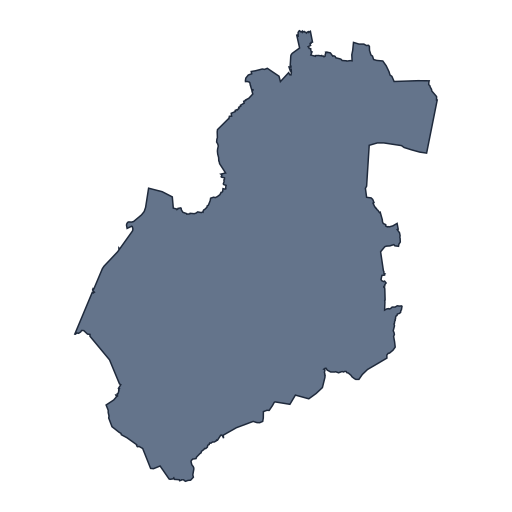 outline of Puruándiro, Michoacán, Mexico
{"feature_id": "50627088B60920065239944", "entity_name": "Puruándiro", "entity_type": "district", "adm_level": 2, "iso_a3": "MEX", "parent_name": "Mexico", "parent_adm1": "Michoacán", "projection": "equal_earth", "projection_center": [-101.522, 20.12], "detail": "fine", "context": "isolated", "style": "filled", "palette": "slate", "viewbox_px": 512, "rotation_deg": 0, "n_neighbors": 0, "source": "geoboundaries", "source_scale": "gbopen_adm2", "svg_char_len": 5977}
<svg xmlns="http://www.w3.org/2000/svg" viewBox="0 0 512 512"><path d="M429.2,80.8L417.8,80.7L394.1,81.5L391.9,76.4L390.0,75.0L389.0,71.7L386.2,65.8L382.8,61.0L376.6,60.4L373.6,59.5L372.5,56.1L370.9,54.9L369.5,50.3L369.4,46.4L368.5,45.3L366.3,45.5L363.9,44.1L359.0,44.1L353.5,42.4L352.7,50.4L351.8,54.8L352.1,60.8L350.3,60.6L346.8,61.1L346.4,60.8L342.1,60.5L341.2,59.4L339.9,58.8L335.8,57.8L335.2,56.5L333.8,55.8L332.8,56.2L330.4,52.9L328.2,52.4L327.5,52.5L326.8,51.7L327.0,52.0L325.6,52.2L325.9,53.1L325.3,54.1L325.1,56.1L324.2,56.7L323.8,56.7L323.5,56.1L322.0,56.1L321.7,55.5L320.5,55.8L318.5,55.5L315.4,55.6L315.3,56.3L310.8,55.0L312.0,52.0L311.3,52.0L311.4,51.5L310.8,50.6L310.7,48.7L309.2,48.5L309.1,47.9L308.1,46.7L310.6,45.4L310.0,43.9L310.2,43.4L311.2,43.1L311.1,42.4L312.5,42.1L310.4,31.3L308.8,32.4L308.6,31.6L307.5,32.0L306.4,33.1L305.6,32.2L304.7,32.1L304.3,31.5L303.3,31.9L302.6,31.2L302.2,32.4L301.2,31.5L300.7,31.8L299.5,30.7L298.9,31.1L298.1,32.5L298.2,36.3L297.8,36.5L296.6,34.5L299.6,48.0L292.3,53.3L291.3,54.5L290.8,55.8L290.2,65.8L291.0,66.1L290.9,67.2L289.0,67.0L290.2,70.6L290.8,69.2L291.2,69.2L291.4,72.4L291.0,74.9L289.8,74.8L288.6,72.7L280.4,81.6L279.0,76.2L267.3,68.3L264.6,69.4L262.3,69.0L255.3,70.8L251.2,71.5L251.7,73.8L248.3,75.0L245.8,78.1L245.4,80.7L245.5,81.6L247.3,81.5L249.3,82.1L249.9,82.9L250.4,85.6L250.7,85.9L250.7,86.5L251.8,90.1L252.0,89.6L252.0,89.9L252.3,89.7L253.7,89.7L252.8,89.7L252.8,90.5L252.0,91.2L252.8,94.0L248.8,98.3L245.5,100.0L245.6,100.5L243.7,101.3L244.2,103.1L240.4,105.3L240.7,106.3L238.7,107.3L239.0,108.3L237.3,109.9L237.1,109.6L235.2,110.4L235.4,111.5L231.2,113.3L231.6,116.2L229.4,116.3L228.8,118.8L228.4,118.8L217.5,129.6L217.2,131.8L217.4,137.7L216.9,139.2L216.6,142.0L217.7,143.9L218.3,146.0L217.6,149.1L217.4,151.1L217.7,154.1L218.6,157.5L218.8,161.0L219.2,161.6L219.6,163.7L225.6,173.0L220.9,174.1L221.7,174.7L221.8,175.7L221.2,176.4L221.4,177.1L224.5,177.8L224.5,179.2L223.9,179.9L224.1,181.6L223.3,183.8L223.6,184.5L226.1,185.4L225.7,187.2L225.8,188.8L224.9,189.1L223.0,188.6L222.6,191.6L221.3,192.6L221.0,192.5L219.9,194.7L217.2,196.7L215.3,197.6L213.6,197.2L210.6,198.2L210.2,200.7L208.3,205.3L207.2,205.9L206.9,207.3L204.5,209.6L203.9,209.8L203.4,210.4L203.0,212.1L202.7,211.9L201.3,212.6L197.7,211.9L195.9,213.2L194.2,213.7L190.1,213.3L189.9,213.8L188.1,214.1L186.7,214.1L186.6,213.6L182.9,212.3L181.4,209.9L181.1,208.2L180.7,207.9L178.0,208.4L178.0,208.8L176.9,209.6L176.6,209.0L173.3,208.1L172.3,196.9L162.2,191.7L148.6,188.2L145.6,207.4L144.2,211.5L141.5,214.9L133.6,221.5L131.5,222.1L128.8,221.9L127.6,222.4L126.7,224.0L126.5,225.1L127.1,228.4L131.7,226.2L132.3,226.6L132.9,228.9L132.6,230.8L119.7,248.9L118.9,248.0L118.9,250.0L117.6,251.8L104.0,266.2L102.4,268.6L93.9,288.8L93.1,288.5L92.7,289.6L93.2,289.8L92.8,290.8L94.4,292.2L93.2,293.0L92.2,292.5L74.8,334.1L75.4,334.2L76.8,333.0L78.6,333.3L80.7,331.9L81.6,330.5L82.8,330.5L83.8,330.6L87.5,334.1L90.0,334.4L90.0,336.3L109.5,359.8L119.5,383.9L120.8,384.7L118.5,388.3L119.4,388.7L119.2,389.0L118.8,389.0L118.7,390.6L118.9,390.7L118.0,393.6L117.3,393.7L117.5,396.1L116.8,396.3L116.4,395.0L115.8,395.0L116.6,396.6L113.7,400.0L106.1,405.0L108.2,410.2L108.2,412.6L109.0,416.0L108.7,418.0L112.0,426.7L119.1,432.3L121.0,433.4L121.3,434.7L126.9,437.7L136.7,444.7L136.6,445.6L137.4,446.7L139.2,446.5L142.7,448.5L150.6,468.4L153.5,468.7L160.1,466.0L169.1,479.0L170.1,479.3L172.9,478.9L173.8,477.9L174.4,479.4L179.3,479.7L179.6,480.7L181.1,480.3L181.5,479.8L183.7,479.8L184.3,480.6L185.5,481.3L188.0,480.4L190.6,480.2L193.4,477.2L192.8,474.9L193.8,469.3L193.8,468.0L193.3,466.7L191.8,464.7L191.0,461.4L191.4,460.5L192.6,459.1L196.0,458.6L196.6,457.0L199.9,453.6L201.1,452.8L201.4,451.4L204.0,449.4L204.5,448.5L205.7,448.6L207.4,447.1L207.7,445.3L209.2,444.5L209.3,443.7L209.7,443.0L210.9,443.2L212.5,442.0L214.2,442.0L216.1,441.0L216.6,440.1L217.0,440.4L217.5,440.2L220.7,435.2L221.7,435.1L222.6,436.1L223.6,438.2L223.2,435.2L236.4,427.7L253.2,421.4L256.9,422.6L259.7,422.7L262.7,421.4L263.3,418.0L263.4,411.6L266.9,410.3L269.2,410.4L272.5,405.5L274.2,402.4L275.1,401.9L289.9,404.3L295.4,395.1L308.8,398.8L316.1,393.5L322.4,387.6L324.9,377.5L325.1,375.3L324.7,374.9L324.9,374.2L324.4,372.3L324.9,370.4L324.8,369.7L323.8,369.2L325.1,368.3L326.1,368.3L327.2,370.1L330.7,372.0L334.8,372.0L335.6,371.7L338.6,372.8L341.5,371.7L342.6,371.6L343.5,372.0L344.8,371.4L346.2,371.5L346.9,372.7L348.3,373.0L351.0,375.3L352.0,376.8L354.5,378.7L355.8,379.4L358.9,379.4L362.3,374.5L367.5,369.5L386.9,358.1L386.8,355.1L388.2,353.3L389.5,353.1L393.0,350.2L395.2,347.1L394.6,341.9L393.6,336.4L394.4,334.5L394.0,332.5L393.2,330.8L394.5,325.8L394.0,324.0L394.5,323.2L394.6,321.4L395.2,320.5L395.1,319.5L395.5,318.9L395.6,317.1L396.2,315.8L397.0,315.5L397.3,314.1L399.4,313.4L400.6,312.4L400.8,310.6L401.4,309.9L402.0,306.3L401.5,305.9L399.6,306.1L397.2,305.8L395.1,307.1L392.1,307.1L390.6,308.5L389.2,309.0L388.6,308.6L386.8,308.9L384.6,310.1L384.9,302.2L384.7,300.4L385.1,300.1L384.8,289.0L384.6,287.7L383.9,287.4L383.8,286.4L384.8,286.0L384.8,284.6L386.1,283.0L384.6,281.1L383.6,281.6L381.9,280.8L381.0,279.6L381.9,275.4L384.5,275.1L384.4,274.6L385.0,273.9L384.0,273.5L383.9,273.1L383.9,271.6L383.4,270.7L380.6,251.8L384.8,246.7L386.5,246.1L389.9,245.9L393.8,244.6L394.8,245.8L398.5,246.3L398.9,244.2L400.3,242.0L400.1,238.3L399.8,237.3L400.1,235.8L399.5,232.7L397.2,229.6L398.2,229.2L397.1,223.4L392.8,225.9L389.1,226.9L388.1,226.6L387.4,226.9L385.7,226.0L385.7,224.6L383.4,223.6L383.0,223.0L382.5,221.8L382.3,219.7L380.2,212.2L379.5,212.6L377.8,210.2L376.9,209.6L376.4,208.4L375.8,208.3L375.4,207.3L374.8,207.0L373.0,203.1L374.0,202.6L372.7,199.4L371.1,197.9L366.6,197.3L365.4,188.3L366.6,186.2L369.2,145.3L377.4,142.9L383.7,142.9L401.5,145.6L404.1,147.5L411.4,149.8L419.7,152.1L426.6,153.1L437.2,100.0L436.5,100.0L436.6,96.7L436.2,96.1L431.8,91.0L431.5,89.3L430.2,87.0L429.9,85.8L428.7,84.6L428.9,81.8L429.2,80.8Z" fill="#64748b" stroke="#1e293b" stroke-width="1.5"/></svg>